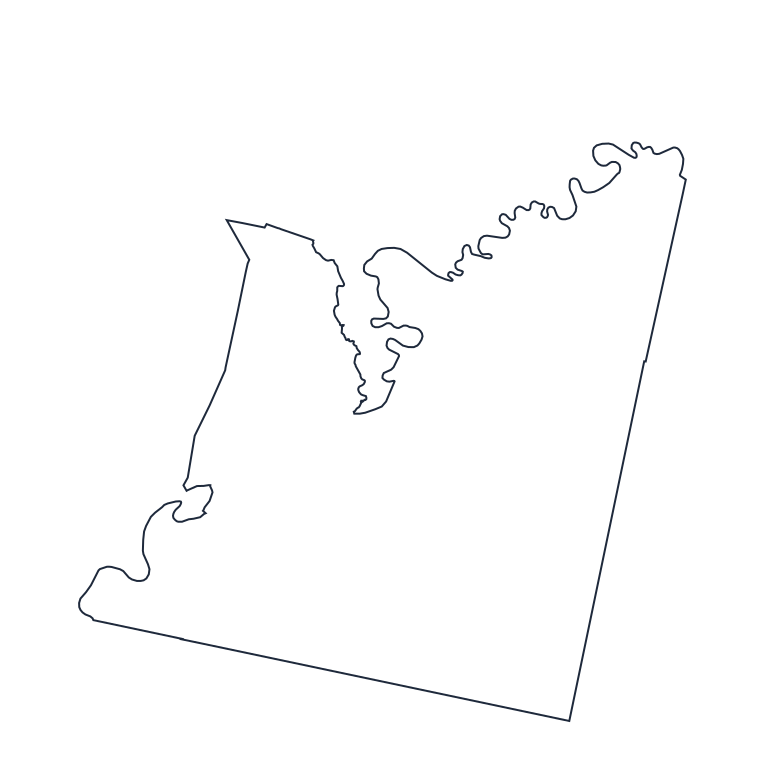 outline of Renmark Paringa, South Australia, Australia, rotated 12°
{"feature_id": "25037944B48526955129661", "entity_name": "Renmark Paringa", "entity_type": "district", "adm_level": 2, "iso_a3": "AUS", "parent_name": "Australia", "parent_adm1": "South Australia", "projection": "orthographic", "projection_center": [140.752, -34.143], "detail": "fine", "context": "isolated", "style": "outline", "palette": "slate", "viewbox_px": 768, "rotation_deg": 12, "n_neighbors": 0, "source": "geoboundaries", "source_scale": "gbopen_adm2", "svg_char_len": 6134}
<svg xmlns="http://www.w3.org/2000/svg" viewBox="0 0 768 768"><g transform="rotate(12 384 384)"><path d="M636.7,121.3L630.4,118.8L629.9,117.9L630.8,112.6L630.7,106.6L630.0,101.5L627.9,98.0L625.1,94.6L623.4,93.2L621.8,92.4L619.4,92.2L617.8,92.6L605.4,101.6L603.1,102.4L600.8,102.4L599.5,101.9L597.8,99.1L596.2,97.4L595.0,96.8L593.5,97.1L592.0,97.9L590.5,99.3L589.3,100.1L588.3,100.1L586.8,99.0L584.6,96.3L583.1,95.6L580.8,95.4L578.9,95.7L577.7,96.4L576.7,98.9L577.1,102.2L579.0,103.9L581.7,105.1L583.1,106.6L583.8,108.5L583.7,109.8L582.9,110.5L581.5,110.7L575.9,109.0L558.2,102.2L553.7,102.1L547.5,103.7L542.4,106.4L540.3,109.3L540.0,112.3L541.4,117.4L544.2,121.3L547.9,124.1L551.0,125.0L553.1,124.9L555.6,124.2L556.4,123.7L559.1,120.6L560.7,119.4L564.4,118.7L566.9,119.5L568.8,120.9L569.8,122.9L570.4,124.6L570.3,127.7L570.0,128.7L569.0,129.5L568.2,130.6L562.6,140.5L557.4,146.0L553.1,149.8L549.8,152.2L546.3,153.6L542.9,154.5L540.2,154.3L538.0,153.5L536.5,151.7L533.5,146.8L532.0,144.9L530.0,143.6L527.7,143.4L526.0,143.8L524.3,145.3L523.8,146.6L524.1,150.0L524.6,152.9L525.6,155.4L529.1,160.0L535.3,170.5L535.6,175.2L533.8,179.9L530.9,183.1L527.1,185.2L523.9,185.8L521.5,185.5L518.4,183.4L513.8,176.6L511.6,175.9L509.7,176.1L508.1,177.3L507.4,179.2L507.7,181.4L509.3,184.5L509.2,185.8L508.8,187.0L507.8,187.8L506.4,188.1L504.8,187.4L502.9,186.0L502.5,184.2L502.7,182.1L504.0,178.9L503.8,176.6L502.9,175.3L501.7,175.0L499.1,175.4L497.8,175.3L493.9,174.0L492.5,174.3L490.9,175.7L490.1,177.9L490.6,181.9L490.1,183.2L489.1,183.9L487.3,184.2L483.0,182.6L480.3,182.1L478.7,182.6L476.6,184.9L475.9,187.4L476.2,189.6L477.8,193.9L477.4,195.6L476.3,196.5L474.4,196.9L472.4,196.4L467.9,193.2L465.6,193.0L464.2,193.4L462.7,195.7L462.8,198.7L463.6,200.2L465.8,202.2L471.9,204.1L473.9,205.5L475.3,207.9L475.3,211.7L474.3,213.9L472.4,215.6L469.3,216.5L453.9,217.5L450.9,218.6L448.6,221.0L447.7,223.2L447.6,229.5L448.3,231.9L451.5,235.7L453.1,236.5L453.9,236.6L459.0,235.1L460.7,235.2L462.2,235.8L462.6,236.4L462.9,237.6L462.6,238.4L461.8,238.9L460.3,239.4L456.3,239.6L452.1,238.8L445.3,238.7L443.1,238.5L441.6,236.7L439.7,232.4L438.2,231.0L436.1,230.8L434.0,232.3L433.0,235.7L433.3,238.7L434.6,241.3L434.7,244.6L434.0,246.4L430.5,248.6L429.2,250.3L428.8,252.2L430.0,255.4L432.2,256.8L436.7,257.3L437.7,257.7L437.8,259.2L437.0,261.0L436.0,261.9L433.9,262.2L431.2,262.0L428.4,260.8L426.2,260.6L425.0,260.9L424.1,262.1L424.0,263.6L424.2,264.7L429.3,267.6L429.5,268.3L429.1,268.9L427.9,269.2L422.2,268.8L413.2,267.2L407.7,265.1L379.3,250.8L372.1,248.5L365.7,248.7L359.2,250.3L353.6,252.4L350.3,255.0L348.2,258.6L345.9,263.9L342.0,267.6L340.0,271.6L340.3,275.2L341.1,277.9L344.0,279.8L348.6,280.7L353.7,280.5L355.2,280.9L356.8,282.8L358.1,286.7L357.8,291.0L357.9,292.6L360.3,298.7L362.9,302.2L371.7,308.9L373.6,312.6L373.7,317.2L372.3,319.4L369.8,320.5L360.5,322.1L358.9,323.2L358.4,324.9L359.0,327.3L360.8,329.6L363.6,330.3L366.8,329.6L370.0,327.7L374.1,324.0L376.3,323.5L378.3,323.6L381.9,325.9L385.0,326.4L386.9,326.1L391.0,322.8L393.2,322.3L394.8,322.3L397.1,323.0L402.9,322.7L406.3,323.2L408.5,324.5L410.6,326.6L411.8,329.4L411.5,332.8L410.1,337.0L408.7,339.4L405.6,341.7L400.3,342.8L394.5,342.5L385.7,338.6L383.4,338.1L380.9,338.2L379.1,339.4L378.2,342.1L378.5,345.9L380.0,348.1L381.9,349.3L391.5,351.8L392.6,352.7L392.9,353.6L389.9,365.6L388.0,368.5L381.5,373.3L380.9,376.0L381.2,378.4L383.0,379.7L386.2,380.8L388.8,380.6L392.8,378.9L393.5,378.9L393.8,379.3L389.7,400.7L386.5,406.5L380.7,410.5L371.6,416.0L366.4,418.1L361.1,419.2L360.2,417.4L361.2,416.6L362.4,413.8L363.3,412.7L364.1,412.2L364.7,411.0L365.6,407.2L365.0,406.0L365.2,405.1L366.2,404.9L366.4,405.7L366.7,405.8L368.0,404.0L368.2,403.5L369.1,403.5L369.8,402.6L369.7,401.3L368.8,399.6L365.2,399.3L363.6,398.9L361.4,397.2L360.3,395.6L359.8,394.3L360.0,392.5L360.7,391.4L363.0,389.7L364.2,388.3L364.8,386.2L364.7,385.0L364.1,384.4L361.7,384.0L360.6,383.2L359.4,381.4L358.9,379.6L352.7,372.5L352.2,371.3L351.0,370.0L350.6,368.8L350.5,364.2L350.7,362.3L351.1,361.1L351.7,360.5L354.1,359.8L354.2,359.3L353.7,358.0L352.9,357.2L351.7,356.4L349.9,354.6L349.1,352.7L347.0,352.2L346.0,351.4L345.6,350.7L345.8,349.0L345.6,348.6L344.1,348.4L342.8,349.2L341.3,349.3L340.8,348.9L340.5,347.7L340.3,347.5L339.5,347.6L339.1,348.5L338.4,348.8L337.5,348.5L336.7,347.0L335.8,346.1L334.7,344.3L331.9,342.7L331.4,338.5L330.9,336.8L332.2,335.4L332.3,334.8L331.7,334.8L329.5,335.5L328.7,335.3L328.1,333.6L325.6,331.5L325.0,330.6L322.5,328.2L321.3,326.5L319.8,322.8L320.1,319.2L320.6,318.2L322.6,316.6L322.8,315.9L320.9,310.6L319.1,306.5L318.8,304.7L318.9,302.7L318.2,299.2L318.6,298.3L319.4,297.4L323.2,296.9L323.8,296.5L324.3,295.4L324.1,294.4L322.1,291.7L319.8,289.1L315.7,283.2L313.9,278.6L310.6,275.9L309.0,273.4L306.6,273.6L303.6,275.0L301.5,274.9L298.2,273.5L294.2,270.4L292.9,269.8L290.2,269.2L287.6,265.8L285.6,263.6L285.1,262.6L285.7,261.5L285.6,260.7L285.0,259.6L284.9,258.9L285.1,258.3L282.3,257.8L251.1,254.0L249.2,253.6L247.7,253.6L235.9,252.0L234.7,255.8L211.9,256.0L196.1,256.4L226.4,290.5L225.6,294.5L225.5,303.1L225.8,342.9L225.6,400.7L225.8,403.6L217.9,441.2L209.6,474.0L211.5,516.4L208.9,524.8L213.1,529.5L214.0,528.7L222.3,522.7L228.7,521.2L233.8,519.3L235.2,519.1L235.3,520.3L237.9,523.8L238.8,525.7L237.7,534.7L234.2,541.9L233.6,545.1L233.3,545.7L236.4,547.5L235.0,548.5L231.9,552.5L225.7,555.4L221.2,556.9L215.1,560.7L211.4,561.5L209.7,561.3L207.5,560.1L205.8,558.7L205.0,556.7L205.0,554.6L205.4,552.7L206.4,550.3L209.5,545.9L210.1,544.0L210.3,542.3L209.8,541.3L208.4,541.2L204.8,542.2L197.3,545.8L194.2,548.0L192.5,550.7L186.8,557.5L183.6,562.4L180.8,572.3L180.0,578.1L180.9,586.6L182.8,597.2L184.1,600.5L190.6,609.4L193.1,613.9L193.5,619.1L192.0,623.6L189.7,626.0L187.0,627.2L183.3,628.0L178.1,627.6L174.6,626.3L167.9,621.2L164.3,620.1L155.6,619.6L152.9,619.9L150.9,620.4L144.6,624.1L143.5,625.7L139.2,641.8L135.8,649.6L131.7,657.0L131.3,661.6L132.3,665.6L134.1,668.1L136.6,670.1L139.8,671.5L145.1,672.4L147.7,673.8L148.8,675.4L239.4,675.3L239.0,675.8L258.5,675.7L635.3,675.1L633.8,307.7L635.3,307.6L636.7,136.5L636.7,121.3Z" fill="none" stroke="#1e293b" stroke-width="2"/></g></svg>